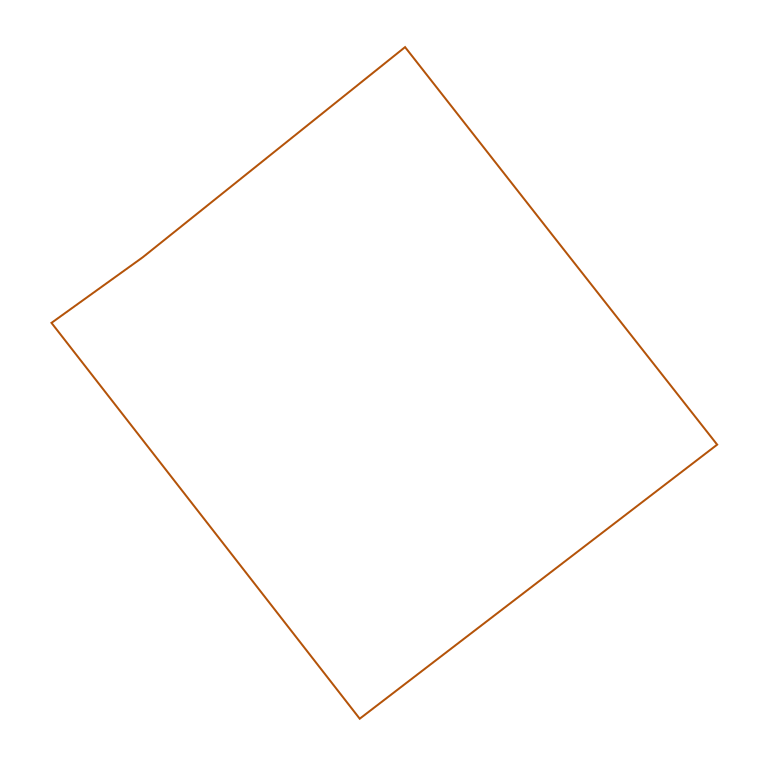 Wexford, Michigan, United States of America, rotated 232°
{"feature_id": "52423323B1059568410794", "entity_name": "Wexford", "entity_type": "district", "adm_level": 2, "iso_a3": "USA", "parent_name": "United States of America", "parent_adm1": "Michigan", "projection": "robinson", "projection_center": [-85.559, 44.339], "detail": "fine", "context": "isolated", "style": "outline", "palette": "amber", "viewbox_px": 768, "rotation_deg": 232, "n_neighbors": 0, "source": "geoboundaries", "source_scale": "gbopen_adm2", "svg_char_len": 262}
<svg xmlns="http://www.w3.org/2000/svg" viewBox="0 0 768 768"><g transform="rotate(232 384 384)"><path d="M135.2,158.8L131.1,609.2L397.8,608.4L522.6,608.2L636.5,608.0L632.4,271.9L636.9,159.6L135.2,158.8Z" fill="none" stroke="#b45309" stroke-width="2"/></g></svg>